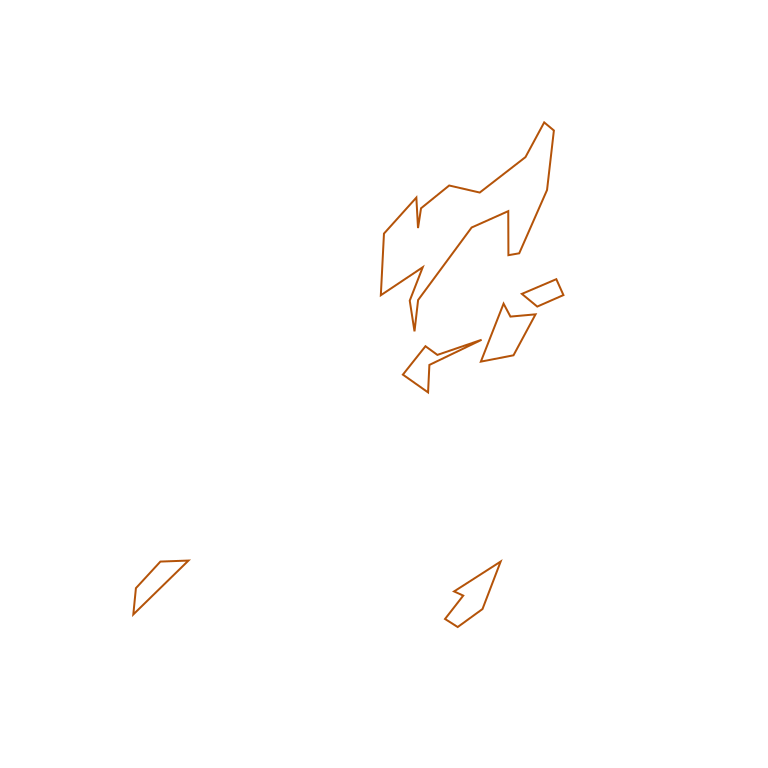 Milne Bay, orthographic projection, rotated 109°
{"feature_id": "PNG-1252", "entity_name": "Milne Bay", "entity_type": "Province", "adm_level": 1, "iso_a3": "PNG", "parent_name": "Papua New Guinea", "parent_adm1": "", "projection": "orthographic", "projection_center": [151.454, -10.028], "detail": "coarse", "context": "isolated", "style": "outline", "palette": "amber", "viewbox_px": 768, "rotation_deg": 109, "n_neighbors": 0, "source": "natural_earth", "source_scale": "10m", "svg_char_len": 769}
<svg xmlns="http://www.w3.org/2000/svg" viewBox="0 0 768 768"><g transform="rotate(109 384 384)"><path d="M147.5,293.0L216.4,298.7L221.7,308.3L180.1,322.8L207.5,352.1L293.5,379.1L324.3,372.3L296.8,386.8L261.0,385.4L301.1,415.9L241.8,433.0L197.2,414.1L225.5,402.6L205.8,406.2L175.1,387.0L171.8,355.8L123.4,324.1L84.5,317.7L89.0,305.9L147.5,293.0ZM331.3,299.7L269.1,297.1L279.1,286.4L268.8,263.4L314.7,270.9L331.3,299.7ZM589.8,235.2L586.3,249.8L558.3,240.2L557.3,250.2L513.9,215.9L564.7,217.6L589.8,235.2ZM351.2,347.3L377.6,339.6L369.0,369.2L334.8,357.1L339.1,343.0L310.4,306.1L351.2,347.3ZM683.5,546.0L657.8,552.1L624.7,537.6L614.6,511.4L683.5,546.0ZM260.9,264.3L253.9,283.0L228.8,255.2L241.5,243.3L260.9,264.3Z" fill="none" stroke="#b45309" stroke-width="2"/></g></svg>